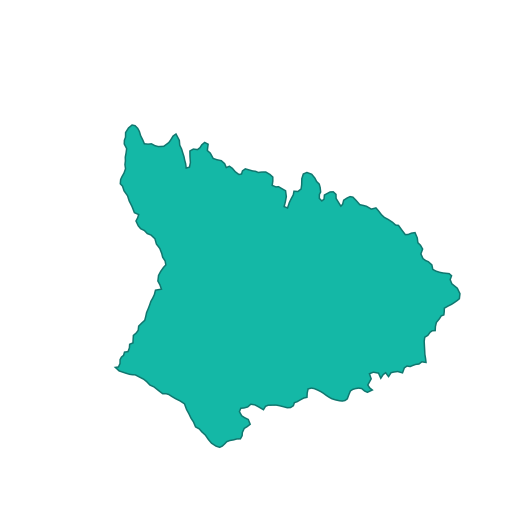 the district of Pocrane, Minas Gerais, Brazil, rotated 337°
{"feature_id": "56859067B31563261400797", "entity_name": "Pocrane", "entity_type": "district", "adm_level": 2, "iso_a3": "BRA", "parent_name": "Brazil", "parent_adm1": "Minas Gerais", "projection": "equal_earth", "projection_center": [-41.556, -19.555], "detail": "fine", "context": "isolated", "style": "filled", "palette": "teal", "viewbox_px": 512, "rotation_deg": 337, "n_neighbors": 0, "source": "geoboundaries", "source_scale": "gbopen_adm2", "svg_char_len": 4302}
<svg xmlns="http://www.w3.org/2000/svg" viewBox="0 0 512 512"><g transform="rotate(337 256 256)"><path d="M368.2,239.7L365.8,238.1L362.5,238.2L358.5,238.9L356.0,242.2L353.6,243.3L353.0,239.7L352.2,234.3L353.7,230.5L352.2,227.1L349.2,226.0L345.8,226.3L342.8,226.6L340.8,230.3L338.1,231.0L336.8,227.7L338.4,224.1L340.5,222.4L341.8,218.1L342.3,214.5L340.9,211.1L340.6,207.2L339.2,202.5L335.5,199.0L331.6,199.0L328.4,202.7L325.9,208.2L323.7,211.9L319.8,213.0L316.3,211.2L314.2,214.3L310.8,217.0L307.6,219.8L303.8,224.1L301.2,221.5L304.1,217.7L307.1,213.2L308.7,207.5L305.9,203.8L303.8,201.0L301.3,200.2L298.5,197.3L300.7,193.7L302.3,189.9L300.7,186.4L297.8,182.5L293.9,180.9L290.7,180.0L288.7,177.9L286.0,176.3L282.8,173.7L280.2,171.6L276.8,172.4L274.7,174.9L272.1,174.3L269.8,170.3L268.5,166.1L266.6,163.0L263.2,163.0L263.2,158.7L261.3,154.7L257.6,152.1L254.7,149.5L254.1,143.4L252.4,139.9L255.6,134.4L253.1,131.4L249.5,132.5L246.8,134.4L243.7,135.2L240.1,133.1L236.2,133.5L234.2,138.4L232.1,144.4L229.5,148.2L226.1,147.8L227.3,143.5L227.8,139.9L228.5,136.5L228.9,132.2L229.3,128.6L229.1,124.2L230.6,119.6L230.0,112.4L226.5,113.2L222.6,116.0L220.1,117.5L217.3,118.2L213.9,119.0L208.8,117.1L206.0,114.9L203.6,111.9L200.4,110.9L197.1,109.1L197.1,104.7L196.8,100.2L197.3,95.7L197.0,92.3L195.6,88.8L193.1,87.0L188.7,88.3L184.2,91.4L182.3,95.7L180.1,98.0L178.5,101.4L178.9,106.6L176.6,110.5L174.3,113.9L172.9,117.5L171.1,120.6L170.0,124.7L167.0,128.0L163.5,130.7L161.3,132.7L159.3,136.5L160.4,139.5L160.0,144.5L161.3,150.4L160.8,155.7L161.2,162.0L161.0,168.6L164.2,172.0L162.0,174.6L159.2,176.9L159.4,182.2L160.5,185.8L163.2,188.9L164.7,192.9L167.5,195.6L169.7,200.6L169.0,206.1L170.4,211.5L170.2,217.0L169.6,220.7L170.4,225.1L169.5,229.0L166.5,230.3L162.3,232.9L158.7,235.8L155.9,240.7L156.3,245.0L156.0,249.6L152.8,248.8L150.1,248.2L147.4,251.8L144.5,254.4L141.6,256.6L138.9,259.6L136.3,262.3L133.2,265.3L130.8,268.7L128.5,271.7L124.8,273.0L120.6,274.7L118.5,278.4L115.6,280.1L112.1,281.2L110.3,284.8L108.8,287.9L105.2,287.9L103.5,291.2L100.8,294.0L97.4,293.1L95.3,295.7L92.6,296.5L90.4,298.3L88.8,301.9L86.0,304.4L83.0,303.6L85.1,308.3L87.9,310.8L90.4,313.0L93.4,315.5L95.7,316.9L98.4,318.2L101.6,322.1L104.5,325.6L106.3,329.0L107.9,333.3L111.0,336.7L113.9,342.1L116.3,346.3L119.4,347.6L121.6,349.4L123.4,352.1L126.2,355.9L129.4,359.6L132.4,364.1L132.1,370.1L132.6,375.1L132.8,379.9L133.6,384.2L133.6,389.7L136.3,393.1L137.4,396.7L139.4,401.0L140.5,406.4L141.9,410.9L144.9,415.4L147.8,417.9L150.7,417.8L154.0,416.6L156.5,415.5L159.7,415.6L163.6,416.5L166.8,416.9L170.2,418.2L173.0,416.0L174.5,413.1L177.8,410.1L181.3,409.6L184.9,408.6L185.0,403.5L182.2,400.2L180.4,397.5L179.9,392.8L182.5,390.2L185.6,391.2L189.4,391.7L193.3,390.4L196.8,392.6L199.3,395.7L202.8,400.4L206.0,398.1L208.9,398.1L212.6,399.6L216.3,401.1L219.0,402.9L222.7,405.7L225.5,407.9L228.6,409.0L231.9,408.4L234.0,406.0L236.9,406.2L240.7,405.7L244.5,405.4L247.7,406.0L249.6,402.1L252.0,398.7L255.3,399.2L257.8,400.8L260.4,403.5L262.7,406.2L264.5,408.8L266.3,411.9L268.2,414.7L270.1,417.1L273.1,419.6L276.2,421.8L278.7,423.2L281.4,423.8L284.2,423.2L287.3,419.9L290.2,417.1L293.0,416.6L295.7,416.9L298.9,417.7L301.5,419.3L303.2,422.7L305.3,425.0L310.7,424.8L309.1,421.8L308.5,418.4L311.2,416.3L314.0,414.1L314.4,408.7L318.6,408.8L323.0,411.7L323.1,417.3L326.7,414.9L329.7,414.1L330.9,418.8L334.7,416.2L337.3,416.6L341.3,417.7L345.2,420.8L348.9,416.9L352.0,416.3L354.7,418.0L357.6,418.0L360.7,418.2L363.8,419.1L367.3,418.2L370.9,420.4L372.0,416.7L373.0,412.6L374.7,407.9L376.0,404.3L377.5,400.2L379.6,396.7L383.1,396.2L386.5,394.2L389.1,393.7L391.8,394.7L393.6,391.0L396.1,387.6L400.2,385.5L403.1,383.5L405.9,383.6L407.5,380.8L409.0,377.6L413.5,377.1L417.1,376.9L420.5,376.3L423.8,375.6L426.5,374.8L429.0,370.4L428.7,364.3L427.1,361.3L425.4,358.1L425.5,353.6L428.3,350.6L426.9,347.7L424.0,346.1L421.5,344.7L418.6,342.7L415.7,340.2L413.5,337.4L414.4,332.9L412.4,328.6L410.4,326.5L408.7,323.7L408.6,318.5L412.1,314.7L411.6,310.4L410.2,307.0L411.5,302.4L411.5,296.6L408.0,295.7L404.7,295.7L401.8,294.7L400.4,289.2L399.1,283.5L396.6,282.1L394.9,278.4L392.1,274.2L389.2,270.6L387.6,267.0L386.5,262.7L385.2,258.6L380.5,257.9L377.1,253.4L374.7,251.5L371.6,249.3L369.8,243.8L368.2,239.7Z" fill="#14b8a6" stroke="#0f766e" stroke-width="1.5"/></g></svg>